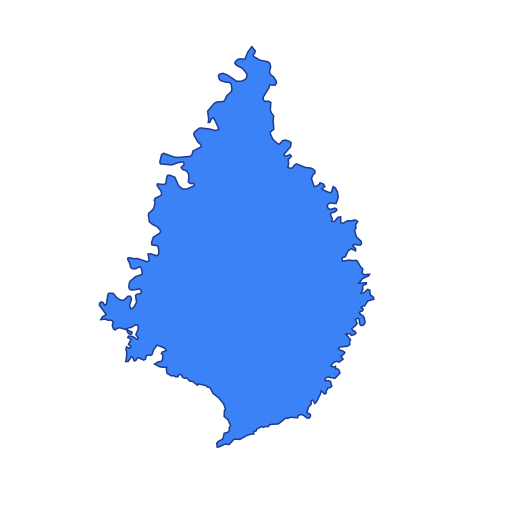 São Joaquim, Santa Catarina, Brazil, rotated 113°
{"feature_id": "56859067B96100556004213", "entity_name": "São Joaquim", "entity_type": "district", "adm_level": 2, "iso_a3": "BRA", "parent_name": "Brazil", "parent_adm1": "Santa Catarina", "projection": "natural_earth1", "projection_center": [-50.031, -28.293], "detail": "fine", "context": "isolated", "style": "filled", "palette": "blue", "viewbox_px": 512, "rotation_deg": 113, "n_neighbors": 0, "source": "geoboundaries", "source_scale": "gbopen_adm2", "svg_char_len": 6143}
<svg xmlns="http://www.w3.org/2000/svg" viewBox="0 0 512 512"><g transform="rotate(113 256 256)"><path d="M374.4,346.4L372.1,345.5L370.5,342.9L367.2,340.6L365.7,338.5L367.0,336.8L369.2,335.9L375.3,335.9L377.7,332.1L379.3,332.9L378.2,337.7L378.7,339.9L379.5,342.0L381.1,342.3L381.5,338.4L387.2,338.9L388.0,336.5L389.2,335.5L390.5,336.7L390.2,339.7L392.7,339.3L394.7,337.6L399.9,335.6L404.1,334.7L403.1,332.5L397.3,331.4L398.1,328.8L400.1,327.5L399.4,325.9L395.6,325.2L395.7,318.7L394.2,317.4L390.8,317.9L389.2,316.7L388.9,314.4L387.3,313.2L382.1,313.6L376.7,312.2L376.5,306.0L376.6,303.7L378.2,301.7L381.2,304.9L382.8,305.0L383.6,303.0L387.8,301.6L390.2,302.1L391.5,304.5L395.1,307.2L395.6,300.9L393.4,294.6L395.4,294.3L398.8,292.0L399.4,287.0L398.3,285.1L398.6,282.9L397.6,280.6L395.9,280.9L394.6,279.6L395.0,277.5L396.4,276.3L396.3,273.5L395.2,272.2L397.1,268.1L396.1,265.3L397.9,259.5L396.3,259.0L394.8,251.5L395.6,249.5L395.1,246.9L399.4,241.7L401.1,234.8L404.6,228.3L408.6,224.3L410.5,224.7L416.1,222.7L417.7,217.8L422.2,213.0L424.6,213.6L427.2,212.3L429.5,213.2L431.5,216.0L437.3,215.0L441.8,218.5L443.8,218.9L447.1,217.1L446.2,215.5L441.4,211.2L440.1,207.1L433.2,204.6L431.1,199.2L424.6,194.1L421.5,190.5L420.8,188.5L418.6,189.5L417.1,187.6L415.0,187.6L410.8,184.2L410.8,182.2L409.6,181.2L408.2,178.0L406.4,177.8L405.1,176.3L401.8,169.8L393.5,165.2L393.0,163.3L391.0,161.3L388.6,154.4L386.4,154.9L384.4,152.8L384.0,150.2L385.2,146.0L384.5,143.7L382.1,143.3L380.6,144.0L380.1,148.0L374.6,148.6L370.8,147.3L367.6,148.8L366.4,147.5L368.8,144.2L366.7,143.4L358.3,142.8L354.8,143.3L356.2,138.8L354.9,137.8L353.4,138.6L349.1,138.1L348.2,136.4L346.3,135.3L342.3,138.5L342.4,140.8L343.8,143.6L341.6,144.4L339.4,142.8L337.7,135.5L331.0,133.0L329.0,134.6L328.0,136.4L328.7,138.5L326.5,139.7L328.2,141.7L327.8,144.1L323.8,143.1L321.4,140.8L321.3,138.1L316.9,135.5L315.1,138.7L311.9,136.8L310.0,136.6L309.4,139.3L310.0,142.1L309.0,143.9L306.9,143.1L303.4,136.6L300.9,135.0L298.6,136.3L296.2,136.2L292.7,142.8L290.6,139.0L291.8,137.4L290.4,135.1L287.9,133.8L286.6,135.6L286.7,137.8L285.4,139.5L280.7,137.0L278.5,136.7L275.4,139.7L273.7,138.4L273.6,136.6L277.7,134.2L279.0,132.4L277.9,130.3L275.9,129.5L274.4,129.7L270.6,132.2L269.5,133.7L268.3,138.4L266.3,138.4L264.8,136.4L262.7,136.8L262.2,139.2L260.4,138.2L259.5,136.5L253.6,135.5L249.9,130.7L248.1,131.7L247.0,135.7L242.9,137.9L243.1,140.2L248.5,142.9L249.1,144.9L244.8,144.6L242.6,146.0L240.4,145.4L239.0,143.7L237.5,144.0L240.9,150.8L235.1,149.0L230.0,144.4L228.4,144.3L231.1,149.5L230.0,151.9L226.1,152.6L225.2,155.3L221.1,160.8L221.0,162.7L222.2,164.4L223.4,168.8L226.9,174.2L225.6,175.5L223.6,175.8L221.8,173.4L215.7,173.3L213.8,172.4L212.1,171.0L212.4,166.4L210.3,167.1L208.8,171.2L207.1,170.2L205.4,164.4L203.6,163.6L201.5,164.9L199.0,171.3L193.7,175.3L191.1,174.8L188.4,176.6L184.5,175.8L184.0,178.0L184.5,179.9L186.3,181.2L187.6,185.3L191.9,188.7L192.3,190.9L186.8,193.4L188.5,195.7L193.7,197.3L194.5,199.9L191.9,200.3L188.8,203.7L187.2,203.7L184.5,200.6L182.3,199.5L181.0,200.5L181.2,202.3L184.0,205.6L184.1,208.1L182.3,209.9L180.1,209.9L178.4,208.7L176.4,202.8L169.9,203.2L165.1,206.1L162.3,209.7L162.0,212.1L168.1,211.5L169.0,213.7L168.9,219.7L168.2,221.5L165.1,219.8L163.6,221.8L163.4,223.8L163.6,225.7L165.3,225.7L168.3,227.7L169.3,229.7L163.0,235.2L158.8,235.3L156.9,234.2L154.6,234.9L153.6,237.9L153.8,240.7L155.2,245.1L155.4,254.8L157.0,256.0L160.9,257.1L162.0,259.2L161.9,261.3L158.2,262.1L154.7,264.0L150.3,262.3L149.4,264.4L152.0,266.9L152.8,268.9L151.2,269.9L142.1,266.9L138.2,267.8L137.4,270.2L137.7,274.0L139.4,276.6L144.1,278.2L144.1,280.3L141.9,286.2L138.0,290.5L136.1,291.2L132.5,289.1L124.5,293.2L120.3,294.4L118.2,297.8L116.1,299.8L108.8,302.4L108.6,304.9L110.3,308.6L109.2,310.5L106.8,311.4L96.3,309.8L93.2,310.3L91.3,305.2L88.8,304.7L87.0,305.8L84.4,309.6L83.2,313.7L81.6,315.4L75.9,316.5L73.1,318.7L72.6,321.2L74.2,329.0L73.3,336.1L72.2,337.2L70.3,336.5L67.6,336.7L64.9,341.7L71.6,343.2L79.2,343.1L80.7,347.6L82.0,349.5L85.0,351.0L86.7,350.8L88.0,349.0L88.6,341.7L91.1,337.0L92.5,335.2L95.6,334.3L97.2,334.7L100.5,337.2L102.7,341.9L100.6,353.1L100.7,357.7L102.9,360.6L104.8,361.1L107.8,358.7L108.3,356.8L107.9,352.4L106.6,348.3L107.4,346.0L112.3,343.2L114.7,343.1L119.9,345.5L125.4,345.7L126.8,346.9L129.4,352.0L131.5,354.0L141.6,357.1L148.2,353.2L151.8,352.1L150.9,350.7L147.4,350.7L145.6,349.7L146.8,347.2L152.7,340.7L154.4,339.9L156.6,343.1L157.0,347.3L159.5,356.3L160.6,358.2L165.8,361.0L167.8,361.0L169.3,359.9L173.7,354.2L175.4,349.7L176.9,349.1L183.9,355.0L188.0,354.5L190.0,355.5L195.8,366.4L197.0,370.4L197.5,381.2L199.6,382.5L207.0,381.3L208.6,380.0L205.1,369.2L200.3,363.9L197.9,360.1L198.6,358.4L200.3,358.1L203.8,359.5L205.0,357.5L204.9,353.1L206.1,351.0L208.6,349.0L214.3,347.2L215.0,344.8L213.5,341.6L215.3,340.3L221.2,345.6L223.0,349.5L221.7,354.5L215.2,361.5L215.3,366.8L216.3,368.9L217.9,369.0L224.6,367.3L226.3,369.0L228.1,374.9L229.8,374.6L233.5,368.7L235.7,367.1L237.8,367.4L242.2,371.4L244.6,371.4L245.9,369.9L250.8,368.9L253.6,369.1L258.8,371.5L260.7,370.9L266.3,367.4L267.4,363.3L267.6,358.6L269.5,354.4L270.9,353.4L272.5,353.5L278.8,357.9L284.3,357.4L286.3,356.4L286.1,354.1L285.1,351.9L285.4,350.2L288.6,347.7L292.6,346.3L294.5,347.2L295.1,353.6L296.3,356.2L301.8,352.6L303.8,353.7L304.7,364.4L306.4,367.9L306.9,371.8L307.9,373.2L309.3,372.7L312.2,369.3L315.6,366.9L316.0,364.2L314.8,361.9L311.3,358.8L312.0,356.9L315.4,354.4L317.6,353.9L322.2,358.9L328.6,362.1L330.6,362.1L334.3,360.9L335.9,359.5L336.1,357.7L335.5,356.2L331.6,349.9L333.0,347.9L335.5,347.4L337.9,350.8L339.3,351.5L345.3,347.9L350.4,348.3L353.6,350.2L352.3,352.1L350.4,353.2L345.0,353.6L343.5,354.3L342.1,356.2L343.1,358.1L348.5,360.5L349.2,362.4L349.3,365.7L348.5,368.5L346.2,372.7L347.5,376.6L349.3,377.3L359.0,374.9L360.6,376.1L358.7,378.3L358.6,380.4L360.4,381.5L362.5,380.9L368.5,370.9L371.7,373.5L375.2,374.1L373.1,370.1L372.9,366.9L371.7,364.4L372.1,361.8L376.2,361.1L378.9,358.6L379.0,356.6L376.8,355.5L375.3,353.4L374.4,346.4ZM374.4,346.4L377.1,343.4L377.2,341.0L375.8,339.9L374.4,340.5L374.4,346.4Z" fill="#3b82f6" stroke="#1e3a8a" stroke-width="1.5"/></g></svg>